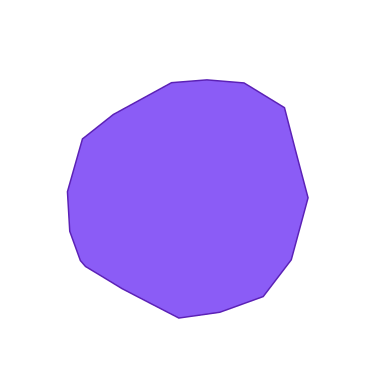 Naftalan City, Goranboy, Azerbaijan, rotated 305°
{"feature_id": "54616110B32389340464615", "entity_name": "Naftalan City", "entity_type": "district", "adm_level": 2, "iso_a3": "AZE", "parent_name": "Azerbaijan", "parent_adm1": "Goranboy", "projection": "orthographic", "projection_center": [46.798, 40.447], "detail": "fine", "context": "isolated", "style": "filled", "palette": "violet", "viewbox_px": 384, "rotation_deg": 305, "n_neighbors": 0, "source": "geoboundaries", "source_scale": "gbopen_adm2", "svg_char_len": 423}
<svg xmlns="http://www.w3.org/2000/svg" viewBox="0 0 384 384"><g transform="rotate(305 192 192)"><path d="M175.6,72.7L172.7,71.8L120.8,89.8L89.7,114.4L71.8,139.9L69.9,147.5L71.5,171.0L72.7,190.1L77.0,222.4L81.2,253.5L109.5,283.8L147.2,310.3L193.4,312.2L253.8,290.4L274.8,265.5L285.8,252.5L314.1,219.4L311.2,172.1L292.4,139.9L269.8,112.5L210.4,83.1L175.6,72.7Z" fill="#8b5cf6" stroke="#5b21b6" stroke-width="1.5"/></g></svg>